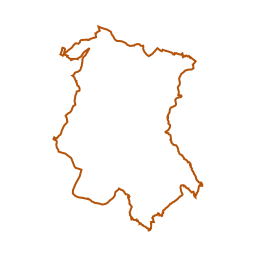 Nimigea, Bistrita-Nasaud, Romania, rotated 173°
{"feature_id": "2599482B55798820459251", "entity_name": "Nimigea", "entity_type": "district", "adm_level": 2, "iso_a3": "ROU", "parent_name": "Romania", "parent_adm1": "Bistrita-Nasaud", "projection": "orthographic", "projection_center": [24.308, 47.25], "detail": "fine", "context": "isolated", "style": "outline", "palette": "amber", "viewbox_px": 256, "rotation_deg": 173, "n_neighbors": 0, "source": "geoboundaries", "source_scale": "gbopen_adm2", "svg_char_len": 5710}
<svg xmlns="http://www.w3.org/2000/svg" viewBox="0 0 256 256"><g transform="rotate(173 128 128)"><path d="M201.2,120.4L201.1,117.3L199.8,114.6L199.8,113.0L195.1,110.9L193.4,110.3L188.0,105.0L185.8,96.2L184.9,94.9L179.3,92.3L181.8,85.9L186.7,79.2L190.2,73.0L190.7,69.7L188.5,66.9L185.5,65.2L181.3,64.1L176.6,62.4L176.4,62.8L175.9,62.6L175.9,62.2L174.2,61.2L172.8,59.4L171.3,58.8L170.9,58.2L170.2,57.8L165.4,56.4L163.5,55.4L161.4,55.1L158.7,55.7L157.3,56.3L154.6,58.5L153.2,59.2L151.0,60.6L149.3,62.7L148.8,64.6L148.1,66.2L145.4,67.7L144.3,69.0L143.0,67.9L140.4,66.4L139.3,64.6L139.2,63.9L138.8,63.2L138.1,62.4L137.1,62.2L135.7,61.4L135.2,60.4L135.8,60.4L135.6,59.3L136.4,59.3L136.3,58.3L135.8,57.3L135.8,56.6L135.4,55.2L135.8,53.4L135.7,52.3L135.2,52.1L135.0,51.4L134.0,49.6L133.9,49.1L135.2,47.1L135.5,46.0L136.7,44.0L136.3,42.2L136.7,41.6L136.7,41.3L135.9,40.0L135.8,39.5L135.1,38.8L135.9,38.1L135.7,36.8L134.4,37.3L134.2,37.2L133.9,36.4L133.6,36.2L132.1,35.7L130.7,36.1L130.5,34.8L129.5,34.9L129.2,33.7L128.3,32.6L128.1,31.9L128.2,31.4L127.0,31.8L126.4,30.8L125.3,29.9L125.5,29.7L124.0,28.5L122.7,27.9L121.3,26.2L120.6,26.1L119.7,25.4L120.1,24.3L120.0,23.8L118.9,23.9L118.3,24.3L118.2,24.6L118.4,24.9L118.0,25.5L117.4,25.6L116.7,29.5L116.9,30.4L116.4,31.4L116.5,31.9L115.3,32.0L114.8,31.5L113.8,31.5L114.1,32.6L114.2,34.8L114.5,35.1L114.4,35.7L114.7,35.9L114.1,36.5L114.0,37.1L112.5,37.5L112.1,38.0L110.8,38.0L109.7,38.3L109.6,38.6L108.9,39.1L108.5,39.7L107.7,39.2L107.6,38.6L107.6,37.4L105.7,37.5L105.4,37.1L105.3,36.6L104.7,36.8L104.5,38.2L104.1,39.3L103.8,39.0L103.3,39.4L103.1,41.9L101.6,42.5L100.4,43.8L98.6,44.6L97.6,45.6L96.3,46.3L95.5,47.6L94.3,47.7L92.6,48.9L91.0,49.3L90.7,49.7L90.3,49.7L89.6,50.3L88.6,50.6L88.4,51.0L87.2,51.6L86.0,52.8L84.7,53.4L84.2,54.0L82.8,54.4L82.0,55.2L82.0,56.0L82.6,57.5L82.9,58.6L83.2,62.3L82.6,64.3L81.7,64.6L79.7,64.4L79.6,63.3L78.2,63.2L78.0,62.4L77.4,61.4L75.4,60.6L75.4,59.8L74.7,59.1L73.4,57.2L72.6,56.8L72.6,56.4L70.8,56.8L70.6,55.7L70.7,53.2L70.2,51.9L69.5,51.0L69.3,53.0L69.1,53.9L68.3,53.5L67.6,55.3L66.8,55.9L66.3,56.8L65.4,59.0L64.9,61.1L64.0,62.4L63.3,62.2L62.5,61.6L61.3,61.6L61.2,62.4L61.8,64.5L62.6,63.9L62.9,64.0L63.1,65.1L64.3,65.4L65.3,67.0L65.9,67.5L66.2,68.8L66.6,69.2L66.5,71.0L66.8,71.5L67.2,72.9L68.1,74.3L68.1,75.1L68.3,75.2L68.7,77.2L69.1,77.4L69.7,78.9L69.8,79.5L69.5,80.0L70.0,81.0L70.5,81.6L70.2,82.4L70.2,82.9L70.8,83.1L71.1,83.5L71.0,83.9L70.3,84.1L70.2,84.5L70.6,84.9L71.0,86.2L71.5,86.5L72.8,86.6L72.8,87.0L72.6,87.3L73.2,87.9L73.6,88.7L74.9,89.8L76.0,90.3L76.2,91.9L77.3,93.2L77.3,94.0L77.7,94.2L78.1,94.8L79.4,95.4L79.9,95.9L80.4,97.7L80.5,98.4L80.8,98.6L80.9,101.3L81.4,103.3L82.4,104.9L85.0,105.8L85.8,107.2L86.1,107.3L86.6,108.3L86.8,109.4L86.6,109.7L86.7,110.1L87.3,110.9L86.8,111.1L86.7,111.6L86.7,115.5L87.1,116.2L88.3,116.8L88.9,117.8L88.8,118.1L90.5,118.5L91.1,118.9L91.2,119.6L89.0,120.6L88.1,121.3L86.4,123.4L85.8,125.6L86.1,126.2L87.0,126.8L87.4,127.5L86.9,129.0L87.0,130.0L87.6,131.3L87.5,133.8L87.0,133.5L86.7,136.0L84.7,138.7L84.5,140.4L83.9,141.8L83.0,142.9L82.2,143.2L78.4,144.4L77.5,145.4L77.4,146.4L77.7,149.8L77.2,150.9L75.5,151.9L72.1,152.2L71.5,152.4L71.0,152.9L71.2,153.7L72.2,154.2L73.5,154.3L73.8,154.2L74.1,154.4L73.3,156.7L73.2,157.7L73.3,159.6L73.6,160.8L73.6,162.3L73.4,162.8L71.5,164.6L71.1,166.2L71.0,167.4L71.2,168.5L71.2,171.1L68.5,175.2L65.9,176.7L64.6,177.9L61.4,178.6L57.6,178.3L55.7,179.3L55.8,180.6L55.6,181.3L56.0,183.1L54.6,184.0L52.7,186.0L56.2,189.4L57.2,190.6L57.7,190.0L58.0,190.3L58.2,190.6L58.9,192.1L59.9,191.7L61.2,192.8L62.5,192.1L62.8,192.6L64.8,191.6L64.9,192.6L64.7,194.0L64.9,195.4L65.5,195.1L65.2,193.9L69.9,195.5L70.4,196.2L71.2,196.5L72.7,195.5L72.9,196.4L74.1,195.6L75.4,197.5L76.9,198.1L79.2,199.3L81.6,200.2L84.1,201.5L85.1,200.1L86.5,201.0L89.1,203.6L93.9,199.3L95.9,197.9L96.5,197.9L98.4,196.8L98.6,197.1L99.6,197.5L101.2,199.5L102.8,202.5L103.3,204.7L102.8,207.3L103.0,207.9L104.6,207.9L105.5,208.2L106.4,209.6L108.1,210.2L110.8,209.8L111.9,209.0L112.5,209.3L114.8,209.1L116.2,209.3L118.1,210.4L118.7,210.9L119.8,212.5L122.6,214.3L124.9,215.2L128.1,215.7L129.5,216.6L130.7,218.4L131.5,220.9L132.6,222.5L133.4,225.8L137.1,228.4L140.6,229.9L145.0,232.2L144.2,227.9L146.8,227.0L147.8,225.9L148.8,225.9L148.6,222.0L154.4,221.1L156.1,220.4L156.0,220.2L156.6,220.1L157.4,220.2L157.8,220.7L163.7,221.0L164.9,220.2L165.3,219.0L166.0,218.3L166.8,217.9L166.9,217.7L169.4,218.4L170.2,218.2L172.4,216.4L173.8,214.7L177.7,212.5L182.8,208.9L180.9,214.0L181.4,214.8L183.0,215.7L183.4,215.5L183.7,215.0L184.0,213.2L186.1,209.3L183.7,207.8L182.9,208.7L181.0,208.1L179.1,207.0L179.8,206.2L177.7,204.3L176.5,203.5L176.4,202.6L176.2,202.3L175.9,202.4L175.9,203.0L175.0,202.8L175.0,203.3L171.2,203.0L169.5,202.4L169.2,203.2L166.3,204.5L165.4,205.2L163.8,207.3L161.8,209.0L156.4,212.0L161.4,205.3L163.2,204.2L164.3,203.0L164.9,201.5L165.2,199.2L165.7,197.9L166.3,195.4L167.3,193.6L167.6,192.6L168.4,191.5L169.1,190.7L170.1,190.4L170.7,190.0L173.1,189.6L174.1,189.2L174.4,188.6L176.0,186.9L176.8,186.7L175.6,185.6L175.1,184.6L174.4,182.0L174.1,181.4L173.4,180.9L173.8,180.2L173.8,179.7L173.3,178.7L173.2,176.8L172.9,176.2L172.3,175.9L171.5,174.6L171.3,172.5L171.5,171.2L171.8,170.9L172.5,170.7L174.4,170.5L174.6,170.2L175.1,168.4L176.1,167.0L177.6,161.9L177.7,159.7L177.4,158.4L177.4,157.5L179.8,156.3L181.2,153.9L181.6,152.8L183.1,151.0L184.2,150.3L185.5,149.9L188.4,147.9L188.4,147.6L188.1,146.8L187.5,144.8L187.6,142.7L187.3,141.9L187.3,141.7L188.5,140.3L190.7,138.6L191.7,137.3L194.4,132.8L194.9,131.1L196.1,129.5L198.2,128.2L199.3,126.8L201.7,126.9L202.4,127.7L203.3,126.0L202.0,125.0L200.6,124.6L200.4,122.9L200.8,121.1L201.2,120.4Z" fill="none" stroke="#b45309" stroke-width="2"/></g></svg>